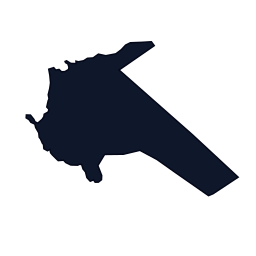 the district of Turtkul, Karakalpakstan, Uzbekistan, rotated 348°
{"feature_id": "79887680B61567760278746", "entity_name": "Turtkul", "entity_type": "district", "adm_level": 2, "iso_a3": "UZB", "parent_name": "Uzbekistan", "parent_adm1": "Karakalpakstan", "projection": "equal_earth", "projection_center": [61.273, 41.464], "detail": "fine", "context": "isolated", "style": "filled", "palette": "ink", "viewbox_px": 256, "rotation_deg": 348, "n_neighbors": 0, "source": "geoboundaries", "source_scale": "gbopen_adm2", "svg_char_len": 1126}
<svg xmlns="http://www.w3.org/2000/svg" viewBox="0 0 256 256"><g transform="rotate(348 128 128)"><path d="M225.5,199.0L189.7,148.1L131.3,69.4L170.8,52.9L168.8,48.5L159.5,47.1L148.0,45.1L142.9,46.4L137.6,50.1L131.5,52.9L121.3,52.7L114.4,49.6L108.5,52.2L102.8,51.4L98.6,53.0L93.2,52.9L91.0,51.8L90.6,54.2L85.4,52.9L81.9,49.5L80.3,49.8L80.5,51.0L82.5,52.8L82.9,56.1L82.0,58.4L78.1,59.7L74.7,59.2L72.7,56.4L69.4,56.3L67.9,53.5L62.7,54.0L62.5,60.3L61.6,67.8L59.7,73.0L56.9,78.8L56.8,83.0L55.5,84.9L52.9,90.6L54.6,93.4L53.1,95.8L48.9,97.1L48.0,99.5L45.8,101.7L40.7,104.5L38.3,102.5L37.7,99.9L35.3,95.1L31.3,94.1L30.5,96.9L32.9,99.2L34.2,102.2L37.7,104.8L37.8,108.4L39.7,114.2L39.2,118.6L40.2,120.7L41.1,125.1L41.9,126.5L41.4,130.8L44.5,133.5L47.1,132.7L47.2,136.2L48.5,138.7L52.0,144.0L53.0,145.4L58.3,146.1L60.0,148.9L64.4,152.3L71.1,153.9L73.2,153.4L75.1,154.2L75.5,158.7L77.3,162.2L77.5,168.0L80.0,172.2L83.5,171.6L84.6,174.2L87.8,174.8L91.3,173.1L92.4,169.0L90.7,158.5L99.6,149.0L118.1,152.7L135.0,152.3L149.8,164.8L165.1,181.4L192.7,210.9L197.5,210.0L225.5,199.0Z" fill="#0f172a" stroke="#020617" stroke-width="1.5"/></g></svg>